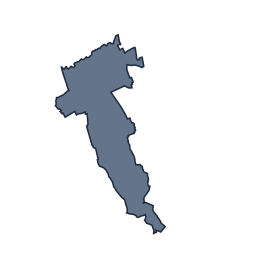 outline of Crangurile, Dâmbovita, Romania, rotated 128°
{"feature_id": "2599482B43839150366531", "entity_name": "Crangurile", "entity_type": "district", "adm_level": 2, "iso_a3": "ROU", "parent_name": "Romania", "parent_adm1": "Dâmbovita", "projection": "equal_earth", "projection_center": [25.247, 44.765], "detail": "fine", "context": "isolated", "style": "filled", "palette": "slate", "viewbox_px": 256, "rotation_deg": 128, "n_neighbors": 0, "source": "geoboundaries", "source_scale": "gbopen_adm2", "svg_char_len": 5814}
<svg xmlns="http://www.w3.org/2000/svg" viewBox="0 0 256 256"><g transform="rotate(128 128 128)"><path d="M155.1,199.0L155.3,197.9L156.1,194.7L155.6,193.9L155.1,193.6L155.1,192.0L155.2,191.7L155.3,191.3L155.4,191.2L156.1,191.1L156.8,191.6L157.4,188.9L156.3,188.4L158.1,184.5L158.2,184.2L147.6,180.1L149.5,176.6L148.3,176.3L148.0,176.2L147.5,175.8L145.2,173.7L144.2,173.0L141.8,171.6L143.4,170.1L142.0,168.9L149.6,161.9L150.4,161.8L150.8,161.6L151.4,161.9L151.7,161.8L152.0,161.4L152.4,161.4L162.6,147.2L163.8,145.7L163.7,145.3L163.7,144.6L164.6,143.6L164.7,143.1L164.5,141.9L164.5,141.7L164.0,140.9L166.2,138.3L170.0,133.5L170.0,133.3L169.9,133.2L170.9,132.3L171.1,132.3L171.3,132.5L171.9,132.6L172.0,132.3L172.8,131.4L173.5,130.9L174.1,129.9L174.7,129.2L175.0,128.3L175.3,127.7L175.6,127.3L175.6,127.0L175.0,126.0L175.1,125.5L174.9,124.7L174.4,123.5L174.3,123.0L174.5,122.2L174.6,121.4L174.5,119.5L174.9,119.2L175.4,118.1L175.7,117.0L175.8,116.5L176.0,116.0L178.4,112.8L178.4,112.6L178.4,112.0L178.5,111.1L179.0,110.2L179.7,107.9L180.8,106.0L183.1,103.1L183.4,102.0L183.7,100.6L184.2,99.4L184.6,98.8L186.6,90.1L186.6,86.6L186.9,86.2L187.6,85.1L189.1,83.4L190.6,81.0L191.7,79.5L193.3,77.9L194.2,77.2L195.8,76.8L195.7,76.4L195.4,76.1L195.1,75.3L195.0,74.3L194.8,74.1L194.5,73.5L194.0,72.8L193.5,72.1L193.2,71.4L192.7,70.8L192.7,70.4L192.4,69.4L192.4,69.1L192.1,67.8L192.1,67.6L192.2,67.4L192.6,66.9L192.7,66.5L192.7,65.8L192.5,65.2L191.1,64.3L190.1,63.9L189.3,63.4L186.8,61.5L185.7,61.0L186.4,59.9L186.9,59.3L187.4,59.2L188.8,58.4L189.1,58.2L190.4,58.4L190.5,57.9L190.9,57.0L191.1,55.9L191.1,55.6L191.6,54.6L190.9,53.2L190.3,50.7L189.8,49.5L193.0,44.2L195.2,43.1L195.4,42.8L194.3,42.5L192.6,41.4L191.9,42.1L191.3,43.0L190.0,39.2L189.9,38.2L182.9,38.0L182.6,40.3L182.6,42.2L182.7,43.0L182.5,43.3L182.4,43.8L182.3,44.0L181.9,44.6L181.5,44.9L181.4,45.6L180.9,46.6L180.8,46.9L180.5,47.6L180.4,48.6L180.0,50.1L179.5,50.9L179.2,51.5L178.8,53.8L178.2,56.2L177.9,56.8L177.0,58.1L175.7,59.3L174.9,59.4L173.7,60.3L175.9,68.7L176.2,68.9L177.0,69.2L177.6,69.2L177.7,69.7L177.6,69.9L177.1,69.9L177.0,69.7L176.8,69.6L176.1,70.0L175.4,70.5L175.2,70.9L174.6,71.3L174.5,71.9L173.4,72.2L173.1,72.4L172.3,72.6L164.3,73.0L160.4,74.9L161.2,75.8L160.6,77.2L159.7,78.2L159.1,78.8L158.0,79.0L157.8,79.3L157.7,79.7L157.3,79.8L156.5,79.9L155.9,80.1L154.3,82.1L153.9,83.0L153.6,83.2L152.7,83.9L152.0,84.7L152.1,85.0L152.0,85.3L152.5,86.7L152.4,87.2L152.7,87.9L152.7,88.6L152.3,89.5L151.6,90.2L151.4,90.5L151.2,91.5L150.5,92.0L150.4,92.4L149.8,92.8L149.5,93.1L149.8,93.6L149.7,94.2L149.8,94.3L149.5,94.8L149.5,95.1L149.7,95.4L149.4,95.7L149.4,96.1L149.7,96.4L150.3,97.0L150.6,97.1L151.1,97.6L151.2,97.8L151.3,98.4L151.6,98.8L152.1,99.3L150.1,101.8L148.2,103.6L146.8,105.4L146.0,106.8L145.6,108.2L144.9,109.7L144.4,110.5L143.3,113.7L142.9,114.1L142.2,114.5L140.3,116.3L139.6,118.2L138.9,119.2L138.0,119.7L138.3,120.2L137.3,120.8L136.4,122.0L135.7,122.9L134.5,122.2L133.8,123.2L129.4,120.6L128.9,120.2L128.7,119.9L128.5,120.0L127.6,119.9L127.5,120.8L125.4,120.5L125.2,121.4L124.5,121.3L124.1,123.0L123.2,122.8L122.1,125.0L121.3,125.2L120.9,125.6L120.8,126.6L120.7,127.5L121.7,128.3L120.5,130.4L119.0,132.7L121.2,133.9L120.2,136.0L119.4,137.4L118.8,139.0L118.5,139.4L115.8,146.2L114.4,150.5L113.4,153.9L111.7,159.4L110.3,163.5L96.7,156.5L96.9,156.1L96.8,155.9L96.5,155.6L96.4,155.2L96.5,154.3L96.5,153.6L96.0,153.1L96.0,152.2L94.9,150.7L93.8,149.5L92.3,151.8L91.5,151.5L91.3,151.8L90.7,151.5L89.9,152.8L88.6,152.1L86.0,156.4L87.5,157.3L86.3,159.0L85.3,160.9L84.1,162.7L82.9,164.7L80.3,166.8L78.6,167.7L77.5,165.2L76.8,164.1L75.7,163.0L74.1,161.2L73.1,159.0L72.1,155.7L71.8,154.2L69.8,153.6L69.6,153.6L63.5,160.5L65.0,161.5L66.1,162.2L66.3,162.1L66.8,161.6L67.5,161.2L68.4,162.1L68.4,162.4L68.3,162.8L68.0,163.8L67.2,164.8L66.9,165.0L65.9,165.7L65.5,166.1L65.1,166.7L60.5,171.6L60.2,172.2L60.8,172.5L61.0,172.8L61.4,173.0L62.1,173.3L62.9,173.9L63.6,174.2L65.4,174.7L65.8,175.0L66.4,175.3L68.1,176.0L69.3,176.3L70.2,176.4L70.6,176.3L70.9,176.5L71.0,176.6L70.5,177.3L68.5,181.2L71.5,182.6L69.4,187.0L69.1,187.0L67.3,186.1L67.0,185.3L66.8,185.2L66.6,185.2L65.2,188.1L60.6,193.1L62.7,194.3L62.9,194.4L66.2,193.1L66.7,192.9L67.8,192.9L68.7,192.1L69.5,192.2L70.3,191.7L71.0,191.8L71.3,192.0L71.5,192.7L71.8,194.6L72.3,195.3L72.9,195.4L73.9,195.8L74.6,195.8L75.9,195.4L76.2,195.5L76.6,196.0L76.7,196.5L76.5,197.7L77.1,198.4L78.2,198.8L78.9,199.0L79.6,199.0L80.3,199.2L80.8,199.3L82.0,199.0L82.4,199.0L82.7,199.3L82.9,199.9L83.2,200.3L85.5,200.7L85.8,201.5L86.1,201.8L86.4,201.9L87.2,201.9L87.5,201.7L87.9,201.9L88.1,202.1L88.5,202.7L88.9,203.0L89.5,203.2L90.5,203.2L90.9,203.0L91.5,202.4L92.0,202.4L92.6,201.9L93.1,201.8L93.9,201.8L94.5,202.1L95.2,202.2L96.0,202.3L97.3,203.0L97.6,203.3L97.7,203.6L97.5,204.1L97.6,204.6L98.2,204.7L98.7,204.7L101.2,205.1L101.7,205.5L102.1,205.9L102.3,206.2L102.4,206.5L102.3,207.1L102.7,207.4L104.4,207.5L105.6,207.4L105.9,207.6L106.3,208.0L106.8,208.4L107.3,208.7L107.7,208.8L108.0,209.1L109.2,209.9L109.7,210.0L110.8,209.9L111.5,208.1L112.9,208.0L113.3,208.1L114.1,208.5L114.3,208.9L114.4,209.6L114.2,210.5L114.3,210.7L114.5,210.9L115.1,211.1L116.0,210.9L116.9,211.1L117.7,211.4L118.3,211.4L118.4,211.7L118.2,212.6L118.3,213.0L118.2,213.3L117.8,213.7L117.6,214.1L117.7,214.5L118.0,214.7L118.9,214.8L119.6,214.3L120.6,214.3L121.0,214.7L120.9,215.2L121.1,215.8L121.0,216.1L121.0,216.3L121.3,216.7L121.2,216.9L120.8,217.4L121.0,218.0L124.2,214.0L124.4,213.7L128.8,207.1L131.4,203.0L131.7,202.9L134.1,199.3L134.4,198.6L134.7,198.1L134.9,197.6L135.4,198.1L136.4,198.5L141.2,199.3L142.2,199.7L144.1,200.6L145.0,201.1L146.0,201.4L146.5,201.6L148.1,203.1L149.9,201.9L151.2,201.6L151.5,201.4L151.8,200.8L152.5,200.0L153.2,199.5L154.2,199.0L154.5,198.9L155.1,199.0Z" fill="#64748b" stroke="#1e293b" stroke-width="1.5"/></g></svg>